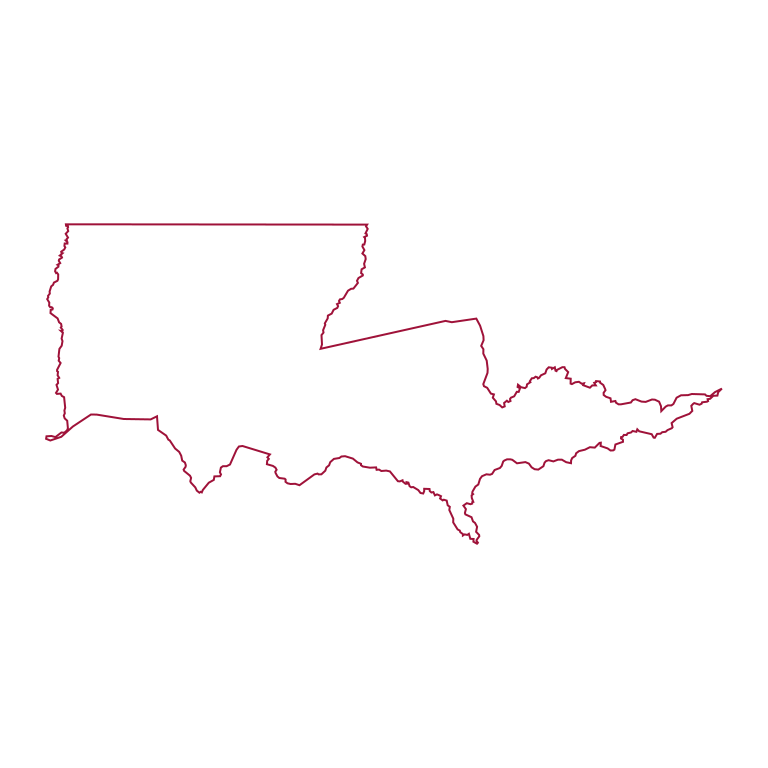 Tangará da Serra, Mato Grosso, Brazil (Mercator projection)
{"feature_id": "56859067B801733542201", "entity_name": "Tangará da Serra", "entity_type": "district", "adm_level": 2, "iso_a3": "BRA", "parent_name": "Brazil", "parent_adm1": "Mato Grosso", "projection": "mercator", "projection_center": [-58.025, -14.492], "detail": "fine", "context": "isolated", "style": "outline", "palette": "rose", "viewbox_px": 768, "rotation_deg": 0, "n_neighbors": 0, "source": "geoboundaries", "source_scale": "gbopen_adm2", "svg_char_len": 6025}
<svg xmlns="http://www.w3.org/2000/svg" viewBox="0 0 768 768"><path d="M429.5,489.0L429.8,491.1L431.4,492.5L433.4,492.1L434.9,495.4L437.0,494.4L438.6,495.0L441.0,496.2L440.1,498.5L442.7,500.4L443.8,499.7L446.7,500.6L447.7,505.3L449.8,506.8L449.3,510.0L453.3,518.7L453.2,522.4L457.6,529.4L459.8,530.6L460.3,532.2L462.9,534.1L462.9,535.5L464.6,534.4L467.3,534.9L468.9,533.8L470.3,538.8L473.6,539.0L473.4,541.7L477.0,543.7L477.9,542.7L476.5,540.8L476.7,539.8L479.3,536.3L479.1,534.9L476.1,531.8L477.1,526.8L475.0,522.9L473.0,521.4L471.5,517.2L465.4,514.4L464.9,513.0L465.9,509.1L463.4,505.6L466.8,503.2L470.5,504.2L472.2,503.6L472.3,502.1L473.3,501.9L471.8,498.0L471.6,495.4L473.1,494.1L472.2,493.3L472.5,491.6L475.4,486.6L478.3,484.5L480.0,478.9L482.0,476.2L486.4,474.3L490.0,474.7L492.1,473.9L494.6,470.0L499.9,468.0L501.7,465.9L503.2,461.5L504.4,460.5L507.1,459.3L510.2,459.3L512.3,459.8L517.0,463.3L525.4,462.1L528.9,463.6L531.6,467.3L534.6,469.2L538.3,469.6L543.4,466.2L544.6,462.6L546.0,461.1L548.6,460.2L553.4,461.4L557.9,459.7L561.9,459.7L566.2,462.2L571.0,463.2L571.1,460.4L572.2,458.0L575.4,455.8L576.1,453.3L579.0,451.1L584.9,449.7L589.9,447.2L594.8,447.6L599.5,442.9L600.8,442.7L600.6,446.0L607.6,448.4L610.5,450.5L613.2,450.4L614.4,449.6L615.4,444.5L623.0,441.8L622.9,439.6L621.0,438.5L621.1,437.1L622.5,436.9L623.9,434.9L626.6,435.0L627.6,433.3L631.0,432.5L632.6,431.0L636.4,431.8L637.3,429.3L639.2,431.3L651.7,434.2L653.6,437.6L654.8,437.8L657.1,433.9L660.5,433.7L662.2,432.2L665.6,431.8L667.5,430.1L671.8,428.2L672.6,427.2L671.6,423.1L676.7,418.7L689.4,413.8L692.3,410.9L691.3,405.8L693.1,403.9L694.2,403.1L699.5,404.7L701.6,403.7L702.1,402.3L707.0,401.7L708.1,401.1L707.6,399.2L710.1,398.8L713.3,395.8L717.4,395.6L718.2,392.2L721.9,388.6L715.0,392.1L710.2,396.2L706.5,395.8L705.0,394.4L691.8,394.0L688.1,395.1L681.0,395.3L676.6,397.7L673.4,404.0L671.4,405.4L667.9,405.4L665.7,406.6L661.3,411.1L661.0,406.2L659.1,401.7L654.9,399.7L652.0,399.5L645.7,401.9L641.5,401.6L635.4,399.2L632.6,400.2L630.9,402.5L621.1,404.3L618.5,404.3L616.0,402.7L615.4,401.0L611.0,401.8L610.5,398.3L606.1,396.8L603.7,395.0L603.6,392.8L605.5,390.2L605.2,389.2L603.3,385.0L600.1,382.7L600.0,381.5L596.1,381.1L596.0,382.1L594.2,382.8L595.8,385.4L592.3,385.4L589.9,387.7L583.2,385.2L584.0,383.3L581.9,383.8L578.9,381.8L575.2,382.3L571.9,384.1L570.6,383.6L570.7,378.7L565.8,378.1L568.2,372.1L565.1,369.0L564.5,367.2L562.3,367.2L557.0,369.9L556.5,371.1L555.5,370.7L554.8,367.3L552.0,368.9L551.8,367.7L548.7,367.3L546.6,369.5L545.3,373.3L541.0,375.3L539.2,377.8L537.9,378.5L537.3,377.3L535.6,376.7L533.8,378.1L531.8,378.3L529.8,381.3L530.4,382.2L527.0,384.4L526.7,386.7L525.0,388.1L521.0,387.2L518.0,384.7L517.6,387.0L520.0,388.3L518.7,391.9L516.8,391.8L514.2,396.3L510.9,397.7L510.0,399.0L510.5,401.0L508.3,402.0L506.9,400.7L504.1,403.0L504.7,406.4L502.2,407.4L499.6,405.0L496.4,403.8L496.0,401.4L492.8,397.7L493.9,394.4L490.9,393.6L487.2,387.8L484.0,386.2L483.3,384.1L487.5,372.9L487.7,368.9L486.7,360.6L483.3,353.6L483.4,349.2L481.2,345.9L483.6,340.2L483.4,336.1L480.1,325.7L476.3,318.6L451.8,322.2L445.5,320.9L320.6,348.8L322.0,344.5L321.5,335.1L323.5,332.6L323.1,330.2L325.3,324.8L324.8,323.4L327.7,318.4L327.9,315.6L331.7,313.6L333.6,309.8L337.3,307.9L338.1,306.1L337.0,304.1L339.8,302.8L339.0,301.0L339.9,299.4L342.3,299.0L343.8,297.8L348.0,290.7L351.1,288.8L353.4,288.6L357.9,282.9L357.0,280.8L358.5,278.0L362.8,275.5L362.8,274.5L361.1,273.1L361.6,269.3L364.9,267.4L364.1,263.8L365.7,259.1L365.3,256.1L362.4,253.5L364.4,250.1L362.4,246.5L362.8,244.6L364.3,244.5L365.2,241.0L365.0,238.0L364.2,237.1L367.0,235.7L366.7,234.1L365.5,233.4L367.7,228.9L366.0,226.3L367.1,224.6L65.9,224.3L66.1,225.8L67.9,226.2L68.1,227.3L67.4,228.3L68.2,231.1L65.7,233.8L68.0,237.6L66.6,239.2L66.8,240.1L65.7,240.4L67.5,242.2L67.4,243.6L64.7,243.5L64.4,246.0L65.3,247.4L64.2,249.5L61.2,251.7L61.5,252.8L62.6,253.2L59.8,255.6L61.5,256.4L62.0,257.6L59.1,259.5L58.8,260.8L60.2,263.1L57.5,264.8L58.5,265.4L58.4,266.7L55.5,268.9L55.1,271.3L56.1,273.1L56.9,272.7L58.2,274.4L58.1,279.3L57.4,280.8L53.9,282.6L53.1,284.8L51.2,286.4L49.6,291.5L49.8,293.6L48.0,295.9L48.3,297.3L47.2,299.1L49.3,302.6L49.1,305.7L50.2,307.2L51.7,307.2L52.8,308.3L52.5,309.5L50.7,309.9L50.5,313.1L57.6,318.4L59.1,322.3L61.1,323.9L61.6,326.5L60.8,327.5L62.7,330.0L62.4,331.1L60.9,330.9L62.9,332.8L61.6,338.6L62.5,341.1L61.7,345.7L59.4,348.9L58.5,356.7L59.2,358.1L58.7,360.7L60.6,363.0L57.1,369.8L57.1,371.1L58.0,371.8L57.6,375.3L59.2,377.9L57.6,378.9L58.1,383.1L56.5,384.9L58.0,389.6L56.0,392.9L56.9,393.9L60.6,393.6L61.8,395.9L64.1,397.2L65.2,407.8L64.4,410.5L64.8,413.3L63.8,415.6L64.7,418.4L67.2,420.7L67.9,428.3L67.0,430.4L64.3,432.7L61.4,432.5L55.4,437.1L51.5,436.0L46.5,436.3L46.1,438.8L50.3,440.5L61.3,436.8L72.9,426.5L91.0,414.5L96.7,414.6L123.8,419.0L150.7,419.4L157.0,416.3L158.0,429.9L166.2,435.6L168.3,439.6L169.8,440.5L175.1,448.5L179.2,451.9L181.2,455.7L182.2,460.6L184.9,462.5L185.8,465.2L185.6,466.8L183.6,469.6L184.1,470.9L190.0,475.7L191.1,477.9L190.3,481.2L190.8,482.5L195.3,487.4L196.8,490.6L199.4,492.7L200.7,491.8L201.8,492.4L202.8,490.0L208.8,482.7L213.8,479.9L214.4,476.4L220.1,476.2L221.0,474.4L219.9,472.3L220.9,467.6L222.9,466.2L226.6,466.2L230.0,464.5L236.5,449.8L238.9,446.5L242.5,446.0L269.9,454.4L267.4,457.3L268.8,458.9L267.2,460.8L266.9,464.2L272.9,465.9L275.4,467.6L276.6,469.8L275.3,471.7L275.5,472.8L277.4,476.4L279.3,478.0L284.7,478.7L285.6,479.5L285.5,481.8L287.5,483.3L290.6,484.0L295.2,483.8L299.5,485.2L314.4,474.4L317.6,473.6L318.6,474.4L321.4,474.3L325.3,470.7L326.4,467.5L329.1,465.3L330.2,462.2L333.9,458.9L339.4,458.0L341.4,456.5L345.1,456.2L352.9,458.6L357.5,462.4L361.0,463.8L361.0,465.2L362.8,466.5L369.9,467.7L376.1,467.4L376.6,469.8L379.1,469.6L381.3,471.0L386.2,470.6L389.9,471.4L397.9,481.2L399.8,481.4L402.5,480.3L402.7,481.5L405.5,483.8L406.8,483.7L406.6,482.2L408.4,482.6L409.6,486.2L411.2,487.3L413.2,487.0L418.3,490.1L420.5,493.0L423.2,493.5L424.2,491.2L424.2,488.8L429.5,489.0Z" fill="none" stroke="#9f1239" stroke-width="2"/></svg>